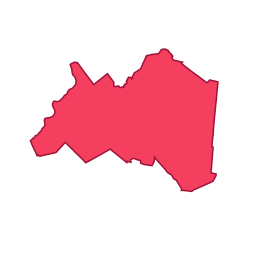 Manesti, Prahova, Romania, rotated 257°
{"feature_id": "2599482B80791609444721", "entity_name": "Manesti", "entity_type": "district", "adm_level": 2, "iso_a3": "ROU", "parent_name": "Romania", "parent_adm1": "Prahova", "projection": "robinson", "projection_center": [25.843, 44.863], "detail": "fine", "context": "isolated", "style": "filled", "palette": "rose", "viewbox_px": 256, "rotation_deg": 257, "n_neighbors": 0, "source": "geoboundaries", "source_scale": "gbopen_adm2", "svg_char_len": 5587}
<svg xmlns="http://www.w3.org/2000/svg" viewBox="0 0 256 256"><g transform="rotate(257 128 128)"><path d="M194.3,184.8L194.3,184.7L194.4,184.2L194.6,184.0L195.1,183.7L195.3,183.5L195.6,183.3L195.8,183.0L195.9,182.9L196.0,182.8L196.1,182.7L196.4,182.4L196.5,182.1L196.5,181.5L196.5,181.2L196.7,180.7L196.9,180.3L197.0,180.1L196.8,179.8L196.9,179.5L196.9,179.0L196.9,178.5L196.8,178.1L195.0,176.2L193.5,174.5L193.5,174.3L193.7,172.9L194.3,167.6L194.4,167.2L194.2,166.5L194.1,166.1L194.1,165.7L194.4,163.7L193.9,163.3L193.7,162.6L194.2,162.3L193.7,161.8L193.0,161.2L192.6,160.9L191.5,160.3L190.9,159.7L190.4,159.4L189.5,158.7L187.7,157.2L185.4,155.6L184.5,154.9L183.4,154.1L182.7,153.1L182.3,152.3L181.5,150.0L181.2,149.3L181.0,148.8L180.5,146.8L180.2,146.5L178.0,144.7L177.6,144.3L177.4,144.1L177.2,144.0L176.9,143.8L176.5,143.8L176.0,143.8L175.9,143.8L175.5,143.5L175.3,143.3L175.3,143.1L175.2,142.9L175.3,142.9L175.4,142.7L176.0,142.4L176.5,142.0L177.4,140.0L176.0,138.6L175.5,138.2L175.2,138.2L174.9,138.0L174.2,137.1L173.8,136.9L173.7,136.8L173.4,136.9L172.8,137.2L172.6,137.3L172.4,137.3L172.2,137.2L171.8,136.6L171.6,136.4L171.6,136.2L171.5,135.8L171.6,135.3L171.6,135.0L171.5,134.9L171.4,134.6L170.5,133.9L170.1,133.6L170.0,133.4L169.8,133.4L169.5,133.5L169.3,133.5L169.2,133.5L169.0,133.4L168.7,133.2L168.6,132.8L168.7,132.6L169.0,132.2L169.2,131.9L169.2,131.7L169.3,131.5L169.3,131.1L169.0,130.6L169.0,130.3L169.1,129.9L169.1,129.6L169.3,129.2L169.5,128.8L170.0,128.8L170.4,128.7L170.7,128.6L170.9,128.4L171.1,128.2L171.1,127.8L171.1,127.6L171.1,127.1L171.3,126.3L171.3,126.2L171.3,125.9L171.1,125.5L171.2,124.8L171.4,124.4L171.7,123.9L171.8,123.7L175.9,124.4L185.6,120.2L181.2,111.0L179.0,106.4L178.5,105.5L178.0,104.4L191.9,98.2L203.0,93.5L202.7,93.1L202.7,92.9L202.7,92.7L202.8,92.6L202.8,92.4L203.6,92.0L203.8,91.8L204.0,91.5L204.1,91.2L204.1,90.5L203.9,89.5L203.7,88.6L203.3,86.8L203.2,86.6L203.1,86.3L203.0,86.2L202.9,86.0L202.6,86.0L202.0,86.0L201.5,86.0L200.6,86.1L199.3,86.4L198.7,86.5L197.8,86.4L197.2,86.4L196.3,86.2L195.3,86.1L194.3,86.1L193.3,86.0L192.9,86.1L192.4,86.1L191.8,86.4L191.1,86.9L190.2,87.4L189.3,87.7L188.2,87.9L187.3,88.0L186.7,88.0L186.0,88.0L185.3,87.9L184.0,87.5L182.8,87.0L181.7,86.1L180.4,84.4L179.6,83.4L179.2,82.4L178.9,80.8L178.7,80.2L178.6,79.6L178.4,79.2L177.7,78.1L176.9,77.4L175.5,76.6L174.9,76.0L174.6,75.5L174.3,74.7L174.3,74.1L173.8,73.1L172.1,71.5L171.7,70.7L170.4,68.4L169.7,67.4L169.6,66.8L169.6,66.3L169.7,64.9L169.8,64.4L170.1,63.6L170.4,63.2L170.6,62.7L170.8,62.1L170.8,61.8L170.6,61.5L170.1,61.0L169.6,60.7L169.2,60.3L168.8,60.1L168.1,59.8L167.5,59.6L167.1,59.6L166.6,59.6L166.3,59.6L165.2,59.8L164.4,59.9L162.7,60.4L162.0,60.5L160.9,60.6L159.8,60.3L159.2,60.2L158.8,60.0L158.5,59.7L157.6,58.8L156.7,57.8L156.5,57.4L156.2,56.8L156.0,56.1L155.8,55.0L155.8,54.0L155.8,53.0L155.9,52.1L156.0,51.3L156.0,50.9L155.9,50.7L155.9,50.2L156.0,49.9L156.0,49.6L155.8,49.2L155.6,48.9L155.3,48.6L154.1,48.1L150.7,48.0L149.5,47.5L148.4,46.8L147.7,45.9L147.4,45.5L147.0,44.3L146.8,44.1L145.8,43.7L145.4,43.4L145.0,42.9L143.8,41.1L142.8,39.6L141.9,38.7L141.5,38.3L141.2,37.4L141.3,36.9L141.4,36.1L141.2,35.9L140.4,35.2L140.0,34.8L139.7,34.4L139.5,33.4L139.0,32.7L137.6,30.0L131.8,31.0L128.0,31.9L121.4,33.2L121.9,34.1L122.0,34.5L121.3,34.7L121.0,34.9L120.8,35.0L120.7,35.2L120.5,35.5L120.4,35.8L120.3,36.1L120.4,40.3L120.3,49.8L120.4,52.5L121.2,53.6L124.1,57.8L128.1,63.7L125.1,65.5L119.4,69.2L115.4,71.6L113.7,72.8L106.9,77.1L103.6,79.0L104.8,83.3L104.9,83.8L107.3,92.0L108.3,95.5L108.7,96.8L109.0,97.8L109.4,99.0L110.1,101.5L111.3,105.4L111.5,105.9L107.9,108.5L106.3,109.9L105.1,110.8L100.4,114.5L97.3,116.9L96.2,117.8L94.5,119.0L95.7,119.7L93.9,123.2L95.1,123.2L95.9,123.3L96.5,123.6L96.9,124.2L97.0,124.9L97.0,125.8L96.9,126.8L96.8,127.4L96.7,127.6L95.7,128.7L94.6,130.6L94.4,130.9L94.4,131.1L94.3,131.4L94.1,131.9L93.2,133.1L93.3,133.2L92.7,132.7L91.9,132.5L90.6,132.6L88.7,135.8L85.9,143.0L87.0,143.9L89.8,146.1L90.0,146.2L90.2,146.3L91.3,146.7L93.5,147.2L77.8,155.7L77.5,155.8L76.9,155.9L76.6,156.0L76.4,156.2L75.8,156.6L75.3,156.9L74.7,157.4L74.0,158.0L73.8,158.3L73.6,158.6L73.3,159.1L73.0,159.3L72.8,159.5L72.3,159.8L71.7,160.0L70.2,160.6L69.8,160.7L69.2,160.8L68.6,161.0L68.2,161.2L67.7,161.6L67.4,161.9L67.0,162.6L66.9,163.0L66.7,163.1L63.0,164.4L62.6,164.5L58.0,166.2L56.6,166.5L55.4,166.1L55.1,166.0L54.8,167.4L54.8,167.7L52.4,174.5L52.1,175.2L51.9,175.8L52.2,176.6L52.8,177.6L53.9,183.4L56.9,198.7L61.7,203.0L63.5,203.5L65.5,198.8L90.2,206.6L90.8,205.6L91.0,205.5L97.8,207.8L98.2,207.9L102.7,209.6L106.7,210.8L108.3,211.1L108.6,211.3L110.0,211.7L110.5,211.9L110.6,212.0L112.8,212.7L113.5,212.9L118.1,214.4L119.0,214.7L119.8,215.0L120.3,215.1L120.7,215.3L120.8,215.3L129.6,218.3L132.4,219.2L132.6,219.3L133.7,219.7L133.8,219.7L134.4,219.9L135.7,220.4L142.3,222.5L142.5,222.6L144.6,223.3L144.8,223.4L146.0,223.8L149.0,224.8L149.5,225.0L149.9,225.1L150.0,225.1L151.9,225.8L152.7,226.0L154.9,221.6L156.1,219.0L156.3,218.8L156.4,218.5L156.1,218.1L155.3,216.9L155.0,216.5L154.7,215.5L154.6,214.8L162.1,208.5L170.2,201.5L171.4,200.6L174.1,198.4L174.9,197.8L175.4,197.3L179.1,194.5L179.9,195.9L181.3,193.0L181.3,192.8L182.9,189.7L183.5,188.6L183.9,187.8L183.9,187.7L184.0,187.6L184.1,187.3L184.2,187.2L185.5,186.9L186.3,186.6L186.6,186.5L186.8,186.7L186.9,186.8L187.0,186.9L187.0,187.0L187.1,187.3L187.3,187.5L187.6,187.6L187.8,187.7L188.1,187.7L188.4,187.6L189.3,187.2L189.9,187.0L190.5,186.6L190.9,186.3L191.2,186.1L191.8,185.5L192.0,185.4L193.0,185.1L193.6,184.9L194.3,184.8Z" fill="#f43f5e" stroke="#9f1239" stroke-width="1.5"/></g></svg>